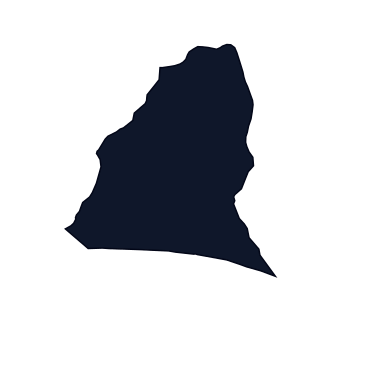 Yumbi, Bandundu, Democratic Republic of the Congo, rotated 232°
{"feature_id": "63176286B53648445078824", "entity_name": "Yumbi", "entity_type": "district", "adm_level": 2, "iso_a3": "COD", "parent_name": "Democratic Republic of the Congo", "parent_adm1": "Bandundu", "projection": "orthographic", "projection_center": [16.525, -2.097], "detail": "fine", "context": "isolated", "style": "filled", "palette": "ink", "viewbox_px": 384, "rotation_deg": 232, "n_neighbors": 0, "source": "geoboundaries", "source_scale": "gbopen_adm2", "svg_char_len": 1663}
<svg xmlns="http://www.w3.org/2000/svg" viewBox="0 0 384 384"><g transform="rotate(232 192 192)"><path d="M174.8,256.6L181.9,261.3L188.4,261.6L194.0,263.1L198.1,264.8L202.4,268.4L205.0,272.3L209.2,277.2L213.3,283.5L218.3,288.9L223.2,293.8L227.0,296.1L230.4,297.2L236.2,299.1L240.7,300.6L245.9,301.8L250.6,303.6L255.1,305.9L261.6,308.4L267.7,310.7L274.2,313.1L279.5,314.5L284.1,313.2L286.8,310.2L288.2,305.8L288.3,303.2L289.3,299.3L292.4,296.7L296.0,293.6L299.8,289.7L303.0,286.0L303.7,281.5L304.1,276.1L302.9,273.1L300.3,268.8L299.8,264.9L300.2,261.4L302.1,256.2L304.4,251.9L308.3,245.1L309.7,243.4L300.7,235.2L298.6,226.6L296.2,216.5L294.3,214.6L291.9,212.4L290.4,209.4L290.2,204.4L289.7,195.1L284.8,189.4L284.7,177.5L285.8,174.1L285.8,169.4L287.7,160.1L287.1,156.2L282.6,144.3L282.5,142.3L281.0,140.4L279.6,140.4L276.9,140.0L275.5,139.8L274.1,139.6L272.8,138.8L270.3,137.3L267.8,135.8L257.7,122.0L253.8,114.8L253.0,113.4L251.1,108.3L251.0,99.4L248.2,94.8L246.0,91.4L245.0,86.7L244.0,85.2L243.6,84.5L242.1,83.6L240.2,79.5L239.9,75.7L240.9,69.5L235.8,70.5L211.4,75.4L203.0,86.9L198.3,92.1L196.1,94.8L192.1,99.5L190.0,102.1L187.2,105.4L178.3,116.0L177.3,117.2L176.3,118.3L174.2,120.8L171.9,123.4L160.1,137.2L154.9,141.9L142.0,155.1L141.0,156.7L139.4,157.7L139.2,157.9L117.2,177.5L105.2,185.4L99.4,189.0L87.8,197.5L74.3,205.8L98.9,206.6L100.5,206.7L105.8,209.5L107.0,209.5L107.8,209.4L120.8,208.8L121.3,209.0L121.7,209.2L129.2,213.0L134.7,213.5L136.8,213.3L142.0,212.9L157.1,217.4L158.1,219.1L158.8,220.3L160.5,221.0L162.5,221.8L163.0,222.8L163.6,224.2L164.1,232.9L169.7,242.4L173.4,248.8L174.8,256.6Z" fill="#0f172a" stroke="#020617" stroke-width="1.5"/></g></svg>